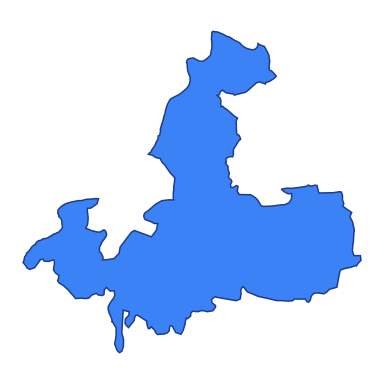 El Mansora, Ad Daqahliyah, Egypt
{"feature_id": "37247803B83073428854351", "entity_name": "El Mansora", "entity_type": "district", "adm_level": 2, "iso_a3": "EGY", "parent_name": "Egypt", "parent_adm1": "Ad Daqahliyah", "projection": "orthographic", "projection_center": [31.42, 31.053], "detail": "fine", "context": "isolated", "style": "filled", "palette": "blue", "viewbox_px": 384, "rotation_deg": 0, "n_neighbors": 0, "source": "geoboundaries", "source_scale": "gbopen_adm2", "svg_char_len": 5928}
<svg xmlns="http://www.w3.org/2000/svg" viewBox="0 0 384 384"><path d="M119.6,352.6L121.8,351.3L123.4,346.4L123.6,339.6L121.8,332.9L123.2,310.1L125.9,311.0L129.0,311.5L129.0,315.0L125.4,319.0L125.0,323.5L126.7,325.8L128.5,327.6L134.2,320.5L134.7,317.3L135.6,315.5L137.3,315.1L146.6,321.0L147.0,324.6L148.3,328.6L149.2,328.7L150.5,327.8L151.4,326.9L154.9,330.5L155.4,332.3L157.6,334.5L161.6,334.1L163.8,334.2L167.3,332.8L169.1,331.1L169.5,327.9L170.0,326.1L170.9,325.7L172.2,326.2L172.6,326.6L175.7,332.5L181.0,334.3L183.2,330.3L185.0,324.5L185.4,321.3L186.3,318.2L187.6,318.7L190.7,316.0L190.8,312.9L192.5,311.5L193.4,311.1L195.6,311.6L198.3,311.6L200.9,310.7L203.6,310.7L207.1,311.7L212.8,310.8L215.5,307.3L215.5,305.5L212.0,302.7L211.5,299.6L214.6,296.9L236.2,300.7L240.2,299.0L241.1,293.6L240.7,290.0L242.5,286.9L244.2,287.3L245.1,289.1L247.3,291.8L258.3,296.4L262.3,297.3L271.1,299.2L276.4,300.6L281.3,300.6L288.3,301.1L292.7,300.7L294.5,299.0L305.5,299.1L306.9,301.7L308.6,302.2L309.5,301.3L310.4,300.0L310.8,297.7L311.7,295.5L313.9,293.3L317.5,292.9L323.6,293.8L326.3,292.5L329.0,289.8L330.3,289.0L332.5,288.5L336.9,287.2L339.2,274.7L340.0,271.1L340.9,269.8L344.9,268.5L351.1,267.2L356.0,265.4L356.4,265.9L358.6,262.8L361.0,260.3L360.4,255.6L354.2,255.6L353.3,254.2L352.5,251.1L352.5,248.4L353.4,241.2L353.9,232.7L354.3,230.0L352.6,222.0L349.9,216.6L351.7,212.5L346.9,209.3L342.9,206.2L343.8,203.5L342.5,199.9L342.5,195.4L341.6,192.7L341.0,191.8L339.0,191.8L333.3,192.7L318.8,193.0L317.0,185.4L314.5,185.2L312.5,186.0L310.8,186.0L308.2,185.1L306.6,186.2L304.3,186.7L292.3,188.3L286.2,188.2L281.6,189.2L281.7,189.6L284.3,191.8L287.9,193.7L291.7,193.7L291.4,199.1L289.2,202.6L286.5,203.9L284.3,204.8L281.2,204.8L272.0,206.1L263.1,206.4L260.9,205.5L258.3,201.0L256.1,198.3L253.0,196.1L250.4,194.7L240.3,194.6L239.4,194.2L238.6,194.2L238.1,192.4L237.2,191.5L238.1,186.5L236.8,185.6L235.4,186.1L233.7,187.4L231.0,187.4L230.6,185.6L230.6,184.2L231.9,181.6L231.1,179.8L228.9,178.0L228.4,177.1L229.3,173.5L228.0,169.0L228.0,166.3L225.4,163.1L226.3,162.3L226.3,161.4L225.8,160.0L226.3,158.7L227.6,157.3L230.7,156.5L232.5,156.9L233.4,154.7L233.4,149.8L234.3,148.0L236.0,145.3L238.7,140.9L240.5,139.4L240.5,138.6L240.0,137.3L239.1,135.5L238.7,135.0L237.4,134.6L236.5,132.8L236.5,130.5L236.1,121.3L237.5,118.1L236.6,117.6L233.9,115.7L227.3,109.9L224.7,108.1L222.5,106.2L221.1,106.8L220.7,104.4L220.8,100.0L219.9,97.7L217.0,95.5L219.5,94.6L219.5,93.7L220.8,91.0L222.1,90.6L222.6,90.1L223.0,90.6L226.1,92.8L231.8,93.8L232.6,93.6L234.4,95.1L242.4,93.0L245.0,92.5L248.6,89.9L256.5,82.8L259.6,81.9L265.4,84.0L266.1,82.4L267.9,81.9L270.1,81.0L273.6,78.8L276.3,76.2L275.8,75.7L274.9,74.4L271.9,71.2L269.2,69.8L269.2,66.2L269.7,61.3L268.8,55.0L267.1,51.4L264.4,46.5L259.6,44.7L258.1,43.5L257.9,45.1L257.3,46.8L256.6,47.9L255.3,49.0L254.1,49.5L252.5,49.8L251.0,49.6L248.8,49.0L246.6,48.3L244.4,47.2L241.9,45.3L239.9,43.0L237.1,41.5L233.3,39.6L229.5,37.0L228.0,36.7L226.4,36.1L225.2,35.5L223.8,34.6L218.5,32.3L216.6,31.8L214.2,31.7L213.6,31.4L212.9,31.4L212.3,31.8L211.9,32.5L211.5,38.6L211.9,43.5L211.9,47.9L211.2,51.1L210.6,55.0L210.1,55.6L208.2,57.5L205.9,59.4L203.6,60.9L202.3,61.2L200.9,61.3L199.5,61.1L196.3,59.5L193.3,57.9L188.2,58.8L187.3,60.0L186.7,61.2L186.6,62.3L186.8,63.2L187.2,64.2L187.3,67.3L187.6,70.0L187.8,71.0L188.9,74.5L189.8,76.1L190.1,77.7L190.0,81.7L189.7,83.0L189.1,84.6L188.2,86.4L186.9,88.1L182.3,92.2L179.3,94.4L171.3,98.5L170.4,99.2L169.6,100.2L169.0,101.5L167.5,104.3L165.8,109.3L165.3,111.4L165.1,113.3L164.0,115.9L162.9,121.1L161.9,123.6L161.2,126.2L160.4,128.6L160.4,131.4L159.8,134.8L159.0,135.6L158.3,135.8L158.1,136.1L158.1,137.0L158.3,138.5L158.2,138.7L156.2,142.2L154.6,146.0L151.6,150.2L151.6,150.8L151.4,151.4L150.9,151.9L149.5,152.9L148.4,154.3L151.4,154.9L152.7,155.4L155.3,157.2L158.0,158.1L160.3,158.6L161.5,161.3L163.7,164.0L164.1,164.0L170.3,173.0L174.8,177.7L174.7,178.4L174.6,181.1L173.7,186.9L173.7,190.1L173.3,193.2L173.3,198.6L173.6,199.9L168.0,199.9L161.8,200.7L155.6,204.2L149.0,210.0L144.6,213.1L143.7,215.8L144.1,217.6L145.0,219.4L149.4,221.2L151.1,221.7L154.2,223.5L157.7,223.5L156.4,230.2L151.4,236.8L134.4,230.5L131.3,232.3L120.2,247.0L119.3,251.9L119.3,253.2L114.0,258.6L106.1,259.8L102.7,259.8L103.0,259.4L103.0,257.1L101.2,253.1L99.5,251.7L99.5,247.3L102.1,241.9L106.1,236.6L106.6,234.3L105.7,231.2L104.0,229.8L100.0,232.0L97.3,232.0L91.6,230.6L85.8,228.2L87.2,225.2L87.7,223.9L87.7,223.0L88.1,218.9L88.1,217.2L87.7,213.6L87.3,211.3L87.3,209.5L87.7,208.2L90.4,208.2L92.1,207.3L97.0,203.8L98.5,198.7L95.4,198.6L93.0,198.8L91.0,199.2L88.9,199.1L86.6,199.3L84.2,199.8L82.3,200.5L78.3,200.7L76.4,201.0L71.6,202.0L67.6,203.1L65.8,203.7L63.9,204.7L62.1,205.9L60.4,207.3L58.1,209.8L57.9,211.3L57.9,212.9L57.9,213.6L58.7,214.6L58.7,215.5L58.9,216.7L59.9,217.6L60.8,218.6L61.4,219.7L61.8,220.8L61.9,224.2L62.3,225.2L62.4,226.4L62.2,228.0L61.7,229.0L58.5,232.3L57.2,232.6L56.0,233.4L54.4,233.9L52.7,234.7L51.9,235.5L50.0,236.3L48.0,237.7L45.5,238.6L44.3,238.7L43.3,238.6L41.3,240.0L40.1,240.4L38.6,240.7L37.3,241.5L35.8,243.1L35.6,243.6L35.6,244.3L33.8,245.2L32.2,246.5L31.5,247.3L30.7,248.6L29.1,250.9L26.6,253.1L26.1,254.8L24.7,256.9L24.3,258.2L24.1,259.7L23.8,261.0L23.7,261.4L23.0,262.3L25.8,265.8L27.1,268.0L29.8,269.4L34.6,267.7L38.6,262.3L40.4,259.6L43.1,259.2L43.9,261.0L48.4,261.5L53.7,259.8L54.5,262.0L54.1,266.0L53.6,267.8L53.6,270.1L55.4,272.8L58.9,275.5L58.5,278.2L57.6,280.8L59.3,283.1L63.7,285.8L68.1,289.9L75.6,298.5L76.9,298.5L80.5,298.1L85.8,298.6L88.8,298.1L91.9,295.0L96.4,293.3L98.6,295.1L100.8,295.1L101.7,295.6L103.0,295.1L103.9,294.7L104.3,290.6L104.3,289.7L106.5,287.5L110.1,291.1L114.0,290.7L114.9,294.8L114.0,297.4L110.0,303.2L108.2,306.8L108.2,309.5L109.1,313.1L110.9,316.7L112.2,320.7L111.7,321.6L112.6,322.1L116.1,327.9L116.1,335.1L115.6,339.1L114.7,343.6L114.7,344.0L116.9,349.9L118.2,351.7L119.6,352.6Z" fill="#3b82f6" stroke="#1e3a8a" stroke-width="1.5"/></svg>